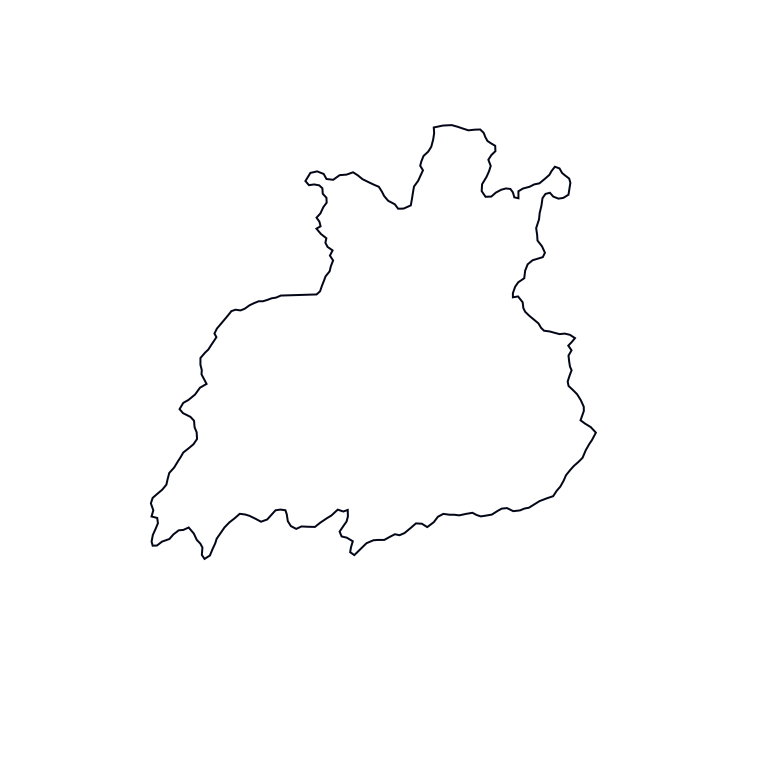 outline of Pau Brasil, Bahia, Brazil, rotated 224°
{"feature_id": "56859067B52793357327632", "entity_name": "Pau Brasil", "entity_type": "district", "adm_level": 2, "iso_a3": "BRA", "parent_name": "Brazil", "parent_adm1": "Bahia", "projection": "robinson", "projection_center": [-39.68, -15.46], "detail": "fine", "context": "isolated", "style": "outline", "palette": "ink", "viewbox_px": 768, "rotation_deg": 224, "n_neighbors": 0, "source": "geoboundaries", "source_scale": "gbopen_adm2", "svg_char_len": 4066}
<svg xmlns="http://www.w3.org/2000/svg" viewBox="0 0 768 768"><g transform="rotate(224 384 384)"><path d="M459.2,127.2L454.1,130.1L449.9,126.8L447.7,121.2L445.4,114.8L441.7,109.2L438.1,107.0L435.1,110.1L434.2,116.4L430.7,123.4L431.0,129.6L430.0,136.2L427.0,139.6L424.8,145.1L416.9,144.3L410.4,141.8L405.2,141.6L401.0,140.2L396.3,134.5L391.6,133.5L390.1,139.7L392.6,146.0L394.7,152.1L396.9,156.5L398.0,163.4L399.1,170.0L399.1,177.0L398.1,184.1L397.6,190.4L393.2,193.7L389.0,195.8L382.8,197.8L376.8,199.5L373.9,205.4L374.1,211.7L374.3,217.8L371.3,221.7L367.2,224.7L363.4,222.7L357.9,218.5L352.3,217.1L346.5,218.8L344.4,224.2L339.4,228.6L334.4,233.2L333.5,240.0L332.0,247.1L330.5,252.9L330.0,261.5L324.7,264.0L322.6,268.2L318.0,263.7L315.4,259.1L314.7,254.4L313.4,247.0L308.6,244.9L304.0,247.6L297.2,249.2L294.2,243.4L291.5,239.5L286.5,240.3L286.0,257.3L283.1,264.2L280.1,267.6L275.5,272.0L273.6,278.2L271.8,283.5L267.8,286.0L265.7,291.0L264.8,298.9L264.2,305.9L259.7,309.8L253.5,311.1L252.2,319.1L253.0,326.0L251.1,331.8L246.0,335.5L242.7,338.7L238.6,341.8L234.8,347.5L230.9,352.8L226.4,354.1L222.4,356.0L219.8,359.4L215.7,365.0L214.1,371.7L212.7,376.2L209.3,380.2L202.7,382.3L198.4,387.5L196.5,391.9L193.8,395.7L192.5,400.9L190.8,407.7L187.6,414.6L184.4,420.8L185.6,427.2L185.9,432.7L187.6,439.2L189.7,444.8L190.3,451.4L190.5,457.1L190.0,463.0L189.9,468.8L192.9,476.6L194.6,483.3L195.5,488.3L197.8,496.2L205.4,496.6L211.7,495.2L217.4,494.4L221.5,503.4L224.5,506.4L231.3,509.1L238.1,510.8L244.2,510.9L249.9,510.8L253.6,513.4L256.3,518.9L258.6,524.2L262.3,525.7L266.8,529.1L271.0,532.6L272.5,538.5L278.1,539.6L278.1,544.9L278.5,549.7L284.5,548.5L289.0,545.8L292.4,541.8L296.9,539.3L301.3,536.9L305.9,533.5L310.0,533.5L315.0,534.9L320.3,534.5L326.9,534.0L332.6,534.0L336.5,535.4L341.0,539.1L348.4,540.1L351.5,535.9L354.4,538.9L357.2,545.0L358.1,550.4L356.6,557.5L361.2,563.6L363.8,569.9L363.1,576.2L360.2,581.4L357.9,585.6L359.4,590.2L366.0,592.8L373.2,593.8L377.5,597.7L382.8,601.8L386.9,610.2L390.7,615.0L394.6,621.6L399.1,627.8L399.9,632.9L397.5,636.8L392.4,636.4L387.3,638.5L384.3,642.4L382.8,648.3L386.0,652.9L389.7,658.2L393.5,660.4L398.6,659.8L402.5,659.5L407.5,661.0L412.0,659.0L411.4,653.6L410.3,649.3L410.8,643.4L411.6,636.3L414.6,631.9L416.3,627.0L419.8,621.2L421.2,616.0L416.3,611.0L419.9,608.8L424.4,611.4L428.6,612.1L432.1,609.4L434.6,605.2L436.5,599.4L437.0,593.4L441.0,589.2L447.7,590.6L452.2,595.8L454.1,604.1L456.2,609.9L458.7,615.0L464.7,617.8L465.8,623.4L465.6,628.9L469.5,632.6L474.4,631.4L478.4,630.7L482.4,631.9L486.7,633.9L491.6,633.9L495.2,630.2L499.5,625.1L504.4,622.7L509.7,620.2L515.1,617.3L521.1,610.9L526.4,603.1L522.2,599.3L518.5,594.1L514.8,587.5L513.6,581.8L514.0,575.6L511.7,569.9L509.5,566.1L504.4,564.8L502.3,558.7L500.6,554.0L499.6,546.9L496.5,542.3L492.7,536.9L488.8,531.1L491.8,523.7L495.7,519.9L501.1,520.8L508.2,518.7L514.4,519.3L519.1,520.9L524.7,522.3L529.0,520.6L534.6,518.7L541.8,516.4L547.9,515.9L553.3,514.8L556.4,508.6L561.0,503.4L562.4,495.6L567.8,491.5L573.3,493.2L579.8,490.5L583.6,484.7L581.5,475.4L576.1,474.9L572.9,479.0L568.6,481.9L564.3,482.0L560.2,478.3L554.8,478.0L551.2,474.6L550.5,469.1L548.2,462.4L548.1,456.8L543.2,455.9L539.2,453.4L540.5,448.8L533.5,448.1L526.7,448.8L524.3,444.9L519.8,443.4L513.8,444.4L512.1,438.8L506.4,437.5L504.0,431.7L501.4,427.3L500.8,420.8L498.9,416.5L496.9,411.6L494.4,406.3L494.7,401.6L519.6,376.0L521.7,371.1L524.3,367.7L526.4,363.3L528.6,359.4L531.6,356.5L533.7,351.8L535.4,347.2L536.5,341.3L538.4,337.2L542.4,334.3L544.4,330.4L543.9,325.3L543.3,317.0L542.7,307.8L541.0,302.5L537.1,301.3L536.1,296.2L535.3,291.6L534.3,286.7L534.5,282.2L534.1,275.2L529.4,270.3L524.7,267.4L522.0,264.2L516.9,262.5L511.7,260.8L513.8,253.5L512.6,245.1L513.6,236.6L515.3,231.0L513.6,223.9L508.3,223.4L500.4,225.9L495.1,225.6L490.2,221.3L485.2,219.1L480.3,214.6L479.2,208.3L479.9,201.7L480.8,195.3L479.5,190.2L478.6,185.6L476.9,178.0L476.7,170.9L473.6,165.3L470.6,160.4L470.1,153.8L470.7,148.2L471.3,141.4L468.8,136.2L462.2,132.9L459.2,127.2Z" fill="none" stroke="#020617" stroke-width="2"/></g></svg>